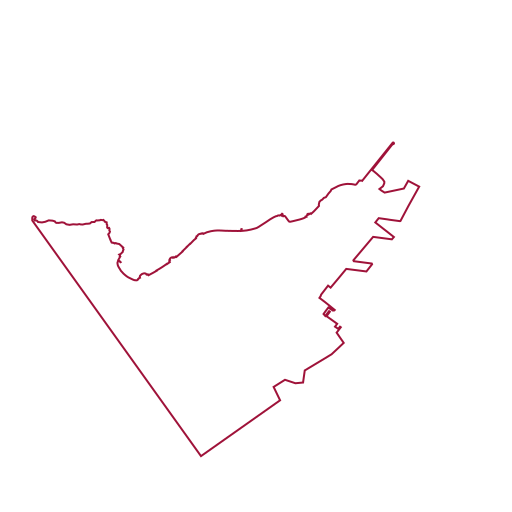 outline of Municipality B, Montevideo, Uruguay, rotated 150°
{"feature_id": "84410073B6453147989031", "entity_name": "Municipality B", "entity_type": "district", "adm_level": 2, "iso_a3": "URY", "parent_name": "Uruguay", "parent_adm1": "Montevideo", "projection": "robinson", "projection_center": [-56.188, -34.909], "detail": "fine", "context": "isolated", "style": "outline", "palette": "rose", "viewbox_px": 512, "rotation_deg": 150, "n_neighbors": 0, "source": "geoboundaries", "source_scale": "gbopen_adm2", "svg_char_len": 4999}
<svg xmlns="http://www.w3.org/2000/svg" viewBox="0 0 512 512"><g transform="rotate(150 256 256)"><path d="M223.5,136.9L224.5,149.3L218.2,151.9L218.6,152.8L221.2,151.8L222.9,155.3L219.6,156.7L225.0,168.6L219.9,170.8L220.3,171.7L226.0,169.4L226.5,172.0L223.2,173.5L219.1,175.2L216.7,170.3L215.4,169.7L214.8,169.9L219.2,181.4L222.0,188.0L220.0,189.0L218.9,190.0L208.4,194.3L207.2,191.3L195.6,195.5L184.3,199.7L168.1,187.4L159.6,190.8L159.5,191.6L173.9,202.6L173.8,203.6L145.0,214.0L130.0,202.5L127.1,203.5L130.4,211.8L132.0,215.7L135.9,225.4L130.8,227.4L124.0,222.1L121.8,220.3L113.9,214.2L113.4,214.1L98.7,223.3L80.0,234.5L86.6,245.0L94.2,240.5L112.9,246.6L114.7,250.0L115.6,252.3L111.2,252.9L109.8,253.9L108.5,254.9L107.7,256.2L107.9,259.1L108.5,261.2L108.8,262.2L109.3,263.7L110.3,266.9L110.8,268.2L111.3,269.6L111.9,271.2L112.5,272.4L81.8,284.6L81.7,284.4L81.4,284.5L80.9,284.2L80.3,284.4L80.2,284.6L80.1,284.9L80.1,285.2L80.2,285.5L80.5,285.7L80.9,285.8L114.5,272.7L126.5,268.0L126.8,268.5L127.4,268.9L128.8,269.4L128.9,269.7L131.1,268.8L133.0,268.0L133.8,267.9L134.5,268.1L135.8,269.3L137.3,270.5L139.0,271.6L140.7,272.7L142.5,273.5L144.9,274.4L147.5,275.1L149.8,275.5L152.1,275.6L157.4,275.9L158.9,274.9L160.4,274.4L161.9,273.9L166.1,272.0L168.2,272.4L170.4,271.7L172.2,271.7L174.0,271.2L175.3,269.8L175.9,269.1L176.4,267.9L180.3,266.7L183.7,265.7L185.1,265.4L187.0,265.0L187.0,265.3L187.2,265.6L187.5,265.6L189.0,265.6L189.0,265.9L189.3,265.9L189.4,266.3L189.7,266.5L190.2,266.6L190.6,266.5L190.8,266.2L190.9,265.9L191.3,265.8L191.3,265.5L192.7,265.4L192.9,265.3L193.0,265.2L193.0,264.9L193.2,265.0L193.2,264.8L194.5,264.8L195.8,264.9L197.9,265.3L200.0,265.8L206.6,267.7L209.1,268.5L210.0,269.1L210.3,270.2L210.9,275.7L211.2,276.3L211.6,276.6L212.0,276.8L212.5,276.8L212.5,277.2L212.6,277.6L212.3,277.6L212.3,277.9L213.4,277.8L213.6,278.0L213.6,278.9L212.8,278.9L212.3,279.1L212.1,279.3L212.2,279.5L212.3,279.6L212.8,279.4L213.4,279.2L215.3,279.2L215.8,279.7L216.7,280.1L217.8,280.1L219.0,280.5L221.4,280.7L225.2,280.7L230.9,280.3L237.2,280.0L238.9,279.9L241.1,279.9L242.2,280.1L243.4,280.4L247.1,281.4L251.2,282.8L253.7,283.9L256.3,285.1L255.0,286.4L255.2,286.6L256.6,285.3L259.3,286.8L265.7,290.6L270.3,293.4L273.8,295.7L276.6,297.4L279.5,298.8L282.6,300.0L286.6,301.1L290.4,301.5L290.4,301.9L290.4,302.0L290.5,302.1L291.0,302.2L291.0,302.3L291.1,302.5L292.3,302.7L292.3,302.9L292.8,303.0L293.2,303.1L293.6,303.2L294.1,303.4L294.4,303.4L294.8,303.4L295.2,303.4L295.6,303.3L296.0,303.1L296.4,303.0L296.8,302.8L297.1,302.8L297.3,302.8L297.3,302.5L298.3,302.3L298.5,302.2L298.9,302.0L299.0,301.9L299.1,301.7L299.1,301.3L302.0,300.8L306.9,299.4L307.0,299.6L310.0,298.8L311.3,298.6L311.3,298.4L317.3,296.9L317.3,296.6L321.3,295.8L325.3,295.0L325.4,295.4L325.9,295.3L326.0,295.7L327.5,295.5L327.9,295.6L328.2,295.7L328.5,295.9L328.5,296.3L328.9,296.2L329.0,296.6L329.3,296.8L330.0,297.0L331.0,297.0L332.0,296.6L332.4,296.3L332.5,296.0L332.5,295.7L332.9,295.7L332.9,295.3L333.1,295.0L333.3,294.8L333.7,294.8L333.7,293.8L337.1,293.5L337.1,293.8L340.1,293.5L343.1,293.3L346.3,293.2L349.4,293.2L349.4,292.9L353.3,292.9L358.6,293.1L358.6,293.7L359.0,293.7L359.3,294.0L359.5,294.2L359.5,294.6L360.1,294.7L360.2,295.7L360.6,296.2L361.0,296.6L361.8,297.0L362.5,297.2L363.2,297.3L363.8,297.4L364.5,297.3L365.1,297.2L365.8,297.0L366.4,296.8L366.9,296.3L367.2,295.7L367.3,295.2L367.8,295.3L368.2,295.3L368.4,295.3L368.6,295.1L368.9,295.1L369.5,295.1L369.7,294.8L370.0,294.6L371.2,294.5L371.9,294.8L372.7,295.4L373.4,295.9L374.4,297.1L377.3,301.4L378.2,303.2L379.0,305.3L379.6,307.1L380.0,309.0L380.4,310.7L380.4,312.7L380.5,314.5L380.4,316.5L380.2,317.4L379.9,318.2L379.5,319.2L378.9,319.9L377.4,320.8L376.6,319.0L376.5,318.4L376.3,318.4L376.4,319.0L377.4,321.3L373.9,323.4L374.1,323.7L373.8,323.9L373.6,324.3L373.6,325.2L373.7,325.6L372.3,325.4L369.3,326.2L368.6,327.1L367.5,327.8L367.3,329.7L366.8,329.8L368.4,334.7L370.9,336.9L370.9,337.2L371.6,337.7L372.2,337.6L373.2,339.1L373.7,339.2L374.3,339.8L374.2,340.9L374.1,342.2L373.9,342.9L374.0,343.0L373.1,348.7L371.5,349.2L370.3,350.1L370.2,351.6L369.3,352.6L369.2,353.8L370.4,354.2L370.6,354.7L370.6,355.1L370.5,355.5L370.0,356.0L369.3,357.4L369.4,358.2L368.5,359.8L369.8,361.3L369.7,361.8L370.1,363.5L370.6,363.5L371.7,364.4L372.6,365.0L373.4,365.0L373.9,365.3L375.5,366.0L376.2,366.6L376.8,366.7L378.9,366.2L381.4,367.6L383.6,367.2L385.4,368.0L387.3,369.0L390.3,369.9L391.8,370.8L393.1,372.0L395.2,372.7L398.5,374.9L401.9,376.2L404.4,378.3L405.5,380.7L407.2,382.2L410.3,383.3L412.3,384.5L412.8,385.3L412.9,386.6L414.5,388.3L417.7,390.5L421.4,391.0L424.6,392.1L427.6,394.3L427.8,394.5L427.8,395.1L428.0,395.8L428.4,396.5L429.2,397.1L429.7,397.3L429.7,398.0L429.6,398.7L429.1,398.8L427.9,399.2L427.4,399.7L427.6,400.3L428.3,401.4L428.8,401.8L429.8,401.7L430.7,400.9L432.0,398.6L417.9,255.0L403.7,110.2L307.3,119.0L306.2,133.8L292.8,134.3L285.5,126.1L278.5,122.9L271.0,132.5L239.7,133.1L223.5,136.9Z" fill="none" stroke="#9f1239" stroke-width="2"/></g></svg>